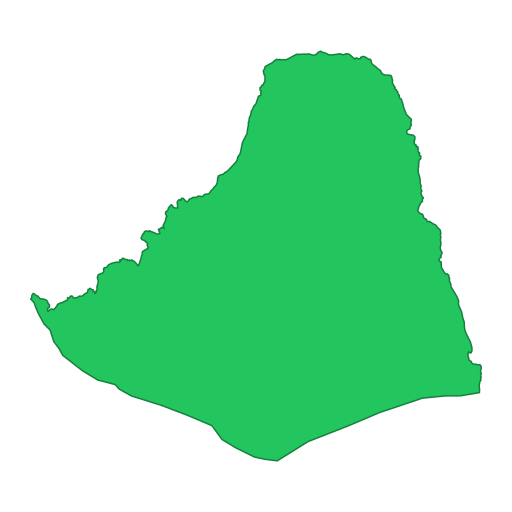 North Ambrym, Malampa, Vanuatu (orthographic projection)
{"feature_id": "77236927B87914906430322", "entity_name": "North Ambrym", "entity_type": "district", "adm_level": 2, "iso_a3": "VUT", "parent_name": "Vanuatu", "parent_adm1": "Malampa", "projection": "orthographic", "projection_center": [168.138, -16.178], "detail": "fine", "context": "isolated", "style": "filled", "palette": "green", "viewbox_px": 512, "rotation_deg": 0, "n_neighbors": 0, "source": "geoboundaries", "source_scale": "gbopen_adm2", "svg_char_len": 5958}
<svg xmlns="http://www.w3.org/2000/svg" viewBox="0 0 512 512"><path d="M479.4,392.6L479.6,389.2L479.1,385.7L480.0,381.3L480.8,380.3L480.9,379.6L480.6,378.7L481.2,377.2L480.7,376.2L480.7,375.2L481.1,374.3L481.2,373.4L480.5,371.3L481.3,368.2L481.1,366.5L480.5,365.2L479.6,364.6L478.2,364.9L476.0,364.2L474.3,364.3L472.0,363.4L471.2,361.5L469.0,360.1L468.8,359.4L468.9,358.9L467.9,355.6L468.1,353.8L468.9,351.9L469.4,352.2L469.0,352.5L469.6,352.5L470.5,353.0L471.3,352.5L472.0,350.5L471.9,347.4L470.4,342.0L466.0,333.2L464.9,330.2L464.5,327.9L464.2,322.0L462.8,317.9L461.6,311.9L458.7,305.2L458.4,303.1L458.7,301.6L458.4,300.2L456.8,296.4L451.0,286.7L450.8,284.3L449.3,280.5L449.6,278.2L448.8,277.3L448.8,275.3L448.6,275.0L447.5,274.5L447.2,273.9L445.9,274.0L444.5,272.7L441.4,267.3L441.1,261.8L439.4,261.1L438.8,260.4L439.5,258.6L441.2,257.0L440.9,256.2L441.0,255.3L442.1,253.1L441.7,251.6L440.9,250.8L440.3,248.7L440.2,247.4L440.8,245.1L440.8,242.9L441.0,242.6L440.4,240.7L440.4,239.3L440.9,237.2L440.2,235.3L440.8,234.0L440.5,231.1L440.0,229.8L437.5,227.5L435.8,225.1L432.9,223.7L429.7,221.5L427.7,221.5L426.9,220.9L426.4,219.4L425.9,219.0L424.3,218.4L423.7,217.6L422.9,215.0L422.2,214.1L420.3,213.6L418.6,212.0L417.6,210.1L418.5,208.6L418.8,206.5L419.8,205.1L420.6,203.0L422.5,201.4L422.2,199.9L422.5,198.9L423.1,198.6L423.3,197.7L422.0,196.4L420.9,192.7L421.9,190.9L421.2,189.9L420.7,188.1L421.2,186.1L420.2,183.5L420.1,179.8L419.7,177.2L418.3,172.7L418.2,170.5L418.1,168.7L418.7,166.5L418.5,165.6L419.1,160.2L420.6,158.9L420.9,157.0L420.6,155.9L419.1,155.0L419.2,154.1L419.7,153.4L419.4,152.6L418.7,152.3L418.0,151.1L417.9,149.8L418.3,149.0L417.8,146.8L417.3,146.6L416.6,147.0L416.1,146.3L416.2,145.1L415.0,144.6L414.1,142.7L414.4,141.9L414.1,141.3L414.3,140.2L414.8,139.9L414.9,136.8L413.1,135.0L411.9,135.2L411.1,134.8L408.2,134.3L407.0,133.4L406.6,132.2L407.0,130.7L407.7,129.9L410.0,128.8L410.1,126.8L411.3,125.4L410.9,122.3L411.4,120.1L410.8,118.6L409.5,117.7L405.8,113.7L405.7,112.6L403.9,108.1L402.5,102.7L401.6,100.3L401.5,99.3L400.0,98.3L399.4,97.4L399.3,95.3L398.1,94.0L397.6,91.7L396.8,91.1L396.4,90.3L396.4,89.7L395.0,88.8L394.5,88.1L395.0,87.2L393.6,85.3L392.3,82.7L392.6,80.1L391.9,78.4L391.8,76.9L390.9,75.5L389.5,75.2L385.4,75.1L383.1,74.3L382.0,73.6L380.5,70.7L379.5,69.8L377.8,68.8L376.2,67.1L372.4,64.3L371.4,62.6L371.1,60.6L370.4,59.4L368.9,59.2L367.4,58.5L365.4,57.1L363.4,56.4L360.9,57.2L360.7,58.0L360.1,58.5L359.0,58.8L358.0,58.6L356.8,58.0L355.8,58.0L354.8,59.1L349.7,54.6L348.2,53.9L345.9,53.8L343.6,54.8L339.8,53.8L331.7,55.0L328.8,54.8L325.6,53.1L322.4,52.2L320.6,51.2L317.9,52.5L317.0,53.8L314.5,55.2L313.0,55.2L309.8,54.1L307.8,53.9L306.8,54.2L302.0,54.1L299.4,54.5L297.6,54.2L296.5,54.3L287.4,59.2L285.1,59.9L283.3,59.6L282.0,59.7L281.6,60.0L279.8,59.4L278.6,59.9L277.3,59.3L276.3,59.5L273.6,61.4L272.8,62.4L266.3,65.9L265.0,66.9L264.7,68.5L263.3,71.0L264.0,74.3L264.4,75.3L265.0,75.7L264.9,80.9L264.5,82.2L263.5,83.6L263.4,84.8L262.1,85.2L261.6,85.6L261.4,86.6L260.0,87.7L260.1,90.3L261.2,91.5L260.7,93.5L261.1,94.7L260.5,95.5L258.5,96.2L255.9,103.9L253.9,106.1L252.3,109.9L251.5,110.6L250.6,115.1L249.2,118.1L249.1,120.7L248.4,122.1L248.3,126.1L247.7,128.1L247.0,133.6L242.5,142.4L240.5,152.1L240.0,153.8L237.9,156.9L237.2,159.7L235.9,162.1L227.5,171.1L224.6,172.7L223.4,174.2L221.3,174.6L218.3,176.0L218.4,176.9L217.8,177.4L217.2,182.7L216.2,185.1L214.0,187.4L212.8,189.1L210.7,191.0L209.8,192.7L208.8,193.6L206.5,194.3L205.0,194.2L204.0,194.9L202.6,196.7L199.5,196.1L197.9,196.2L196.2,197.5L193.3,197.3L191.5,198.4L190.3,198.6L188.8,199.9L188.1,201.2L186.9,201.8L185.0,200.6L184.5,199.6L183.1,198.4L182.3,198.2L181.4,198.5L181.0,199.1L180.8,200.2L180.3,200.3L179.5,199.8L178.5,200.0L177.2,202.1L177.6,206.5L177.4,208.0L175.3,208.0L173.9,207.6L172.9,206.9L172.6,205.9L171.8,205.0L171.2,204.8L170.8,205.1L168.3,208.1L168.2,209.4L167.7,210.4L165.8,211.8L165.5,213.0L165.6,214.2L166.7,215.7L166.9,216.6L166.3,216.9L165.3,221.1L163.1,225.5L164.0,228.1L162.6,227.4L161.6,227.4L160.4,228.6L158.5,229.3L158.6,230.0L159.2,230.3L159.2,231.7L159.8,232.5L159.6,233.7L157.7,234.1L156.6,234.0L153.9,232.5L150.6,231.4L149.3,230.7L148.8,231.6L147.3,231.1L145.4,231.0L144.2,232.0L143.8,233.5L142.9,234.0L141.0,238.1L141.9,239.5L144.5,240.6L145.3,241.3L145.8,242.0L147.3,242.9L147.5,243.6L147.1,245.1L148.1,247.5L147.6,248.5L143.0,251.2L142.3,252.1L142.0,255.1L141.5,256.1L141.1,258.1L138.9,264.8L138.3,265.7L137.4,265.2L137.2,264.5L135.1,262.2L133.6,261.0L132.1,260.5L131.8,259.9L130.7,260.5L129.9,260.5L129.2,260.0L127.8,260.6L127.2,259.6L126.7,259.4L124.7,259.5L123.8,258.3L122.2,258.5L121.8,259.6L119.6,260.1L119.6,260.5L120.6,260.9L120.1,261.7L119.1,262.3L116.4,262.1L111.7,263.3L108.7,264.7L106.9,267.1L105.9,267.5L104.6,267.6L103.8,268.3L103.5,269.6L103.8,270.6L103.5,272.3L102.4,273.1L98.3,274.6L97.3,277.5L98.3,281.7L96.9,286.9L97.1,289.4L96.3,290.7L95.9,292.8L95.0,293.4L94.6,293.1L94.5,291.9L94.1,291.3L92.8,291.0L93.1,289.8L91.6,289.5L90.6,288.6L89.9,288.4L89.3,289.3L88.2,289.3L87.6,291.9L86.6,292.9L83.9,294.5L83.1,295.5L82.0,296.2L79.2,296.1L77.7,297.3L75.9,297.9L73.6,298.0L72.3,296.2L71.5,295.9L70.8,296.4L70.3,296.3L69.4,297.7L68.8,298.2L67.6,297.7L67.4,300.3L66.7,300.6L65.9,300.5L64.4,301.7L63.6,301.7L62.3,302.9L61.4,302.6L58.4,303.9L57.4,304.6L56.9,306.1L54.1,309.3L53.5,309.7L52.5,309.1L50.8,309.1L48.1,311.3L47.8,311.1L47.5,308.4L49.1,307.7L49.6,305.9L49.4,304.8L47.9,303.1L47.5,301.4L46.4,300.2L44.7,299.4L43.1,299.0L40.5,298.8L39.3,297.9L38.0,296.2L35.9,295.3L34.1,293.7L33.2,293.5L32.4,294.6L31.9,295.3L31.5,298.3L30.7,299.0L34.1,302.7L35.7,307.3L38.7,314.2L44.1,324.0L50.1,330.1L53.8,341.6L59.0,348.5L62.7,355.3L82.4,370.7L97.7,380.0L115.3,384.6L119.2,389.1L131.5,396.0L160.6,405.1L186.7,415.0L212.0,425.7L222.0,439.5L235.9,447.9L254.3,457.0L265.0,459.3L277.3,460.8L308.0,441.6L347.1,426.3L380.0,412.4L422.2,398.2L445.2,395.9L460.6,395.8L479.4,392.6Z" fill="#22c55e" stroke="#15803d" stroke-width="1.5"/></svg>